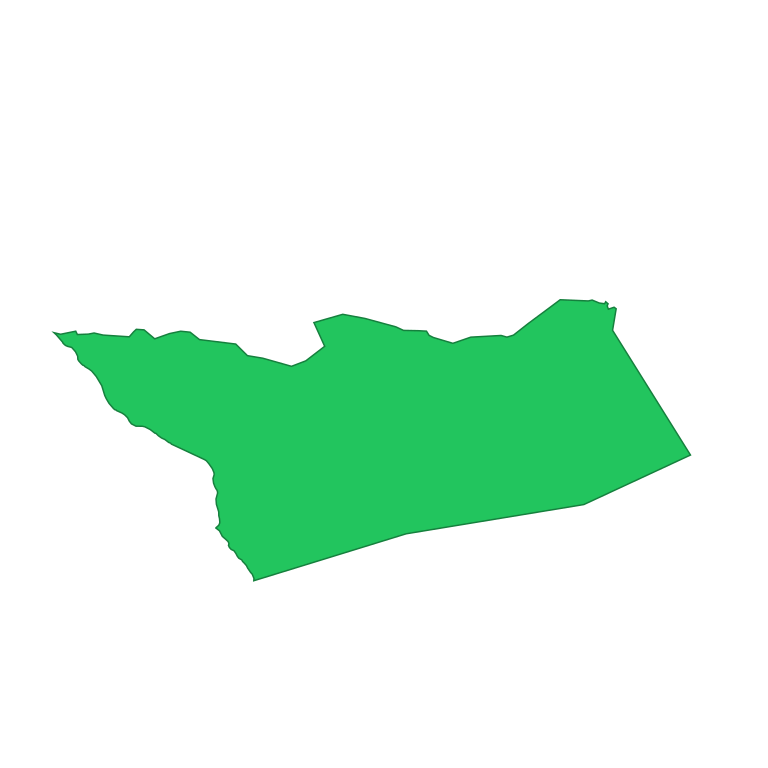 outline of North Waghi District, Western Highlands, Papua New Guinea, rotated 140°
{"feature_id": "67681753B53127057906438", "entity_name": "North Waghi District", "entity_type": "district", "adm_level": 2, "iso_a3": "PNG", "parent_name": "Papua New Guinea", "parent_adm1": "Western Highlands", "projection": "equal_earth", "projection_center": [144.746, -5.814], "detail": "fine", "context": "isolated", "style": "filled", "palette": "green", "viewbox_px": 768, "rotation_deg": 140, "n_neighbors": 0, "source": "geoboundaries", "source_scale": "gbopen_adm2", "svg_char_len": 1935}
<svg xmlns="http://www.w3.org/2000/svg" viewBox="0 0 768 768"><g transform="rotate(140 384 384)"><path d="M603.8,635.4L603.4,632.2L603.3,622.5L603.6,622.1L603.5,619.9L603.2,618.3L602.2,616.2L600.0,613.2L599.7,612.4L599.6,606.9L600.8,602.2L602.7,599.6L603.0,597.9L602.9,594.1L602.6,592.0L601.9,590.8L601.9,589.5L600.3,584.9L599.6,581.9L599.6,574.7L601.3,564.1L605.3,554.7L606.2,551.3L607.1,545.8L607.0,539.0L606.7,537.3L606.0,536.5L606.0,535.6L603.4,530.2L602.5,527.2L602.1,523.0L603.0,519.2L603.1,515.8L601.1,511.1L596.3,507.0L594.7,504.9L592.4,499.5L591.1,493.6L590.4,492.7L590.1,489.4L589.1,485.6L587.5,482.2L586.5,477.6L585.5,475.9L585.5,474.6L570.1,441.5L569.4,439.4L569.4,435.6L569.9,429.6L571.2,425.4L572.4,423.7L575.8,421.5L578.3,417.6L579.5,414.2L580.1,411.6L580.1,410.4L580.7,408.7L581.6,407.4L586.6,403.9L589.7,399.6L592.8,392.3L595.2,389.3L596.5,386.7L598.6,383.7L599.5,382.9L601.4,382.0L604.2,381.9L605.2,381.9L605.5,382.3L604.4,377.3L605.8,371.1L605.1,366.9L604.7,363.5L605.4,361.4L606.9,360.3L607.5,358.1L607.4,355.5L606.1,352.7L606.4,349.3L606.8,347.6L607.1,346.2L607.2,343.8L606.0,340.6L606.4,339.0L606.2,337.0L606.1,333.3L606.8,330.5L607.3,325.3L607.2,323.0L608.6,318.6L610.2,317.0L546.3,290.0L463.3,255.0L308.4,163.2L194.9,132.6L174.4,278.2L157.8,292.4L158.4,294.9L164.0,297.1L162.8,300.4L160.8,301.4L161.3,304.5L162.1,304.2L163.4,303.7L167.0,307.6L170.6,314.5L174.1,316.3L194.9,335.3L207.4,336.0L234.3,337.6L253.4,338.2L259.7,340.9L263.1,345.9L287.4,364.1L305.1,370.9L316.3,387.9L318.2,392.3L317.5,397.2L323.6,402.9L334.6,412.5L338.1,420.0L356.4,446.4L370.8,463.9L398.2,476.1L405.2,451.0L429.0,452.0L443.5,457.0L460.3,481.7L470.4,493.5L471.9,509.9L496.8,536.6L499.2,548.3L505.8,555.1L515.9,560.5L530.6,566.0L533.0,579.7L538.6,585.1L542.2,584.9L548.8,583.9L567.7,602.0L573.3,609.4L578.5,612.3L582.2,615.2L587.1,619.0L586.2,622.6L599.8,630.0L603.8,635.4Z" fill="#22c55e" stroke="#15803d" stroke-width="1.5"/></g></svg>